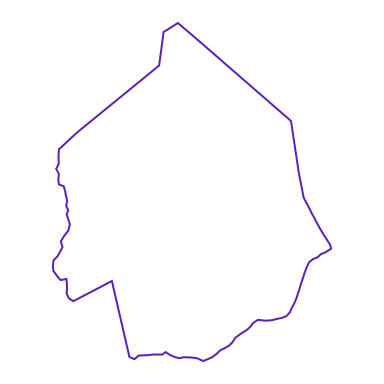 Nossa Senhora dos Remédios, Piauí, Brazil
{"feature_id": "56859067B87957430353359", "entity_name": "Nossa Senhora dos Remédios", "entity_type": "district", "adm_level": 2, "iso_a3": "BRA", "parent_name": "Brazil", "parent_adm1": "Piauí", "projection": "mercator", "projection_center": [-42.607, -4.016], "detail": "fine", "context": "isolated", "style": "outline", "palette": "violet", "viewbox_px": 384, "rotation_deg": 0, "n_neighbors": 0, "source": "geoboundaries", "source_scale": "gbopen_adm2", "svg_char_len": 1358}
<svg xmlns="http://www.w3.org/2000/svg" viewBox="0 0 384 384"><path d="M319.7,228.1L316.1,221.4L314.1,217.4L312.0,213.8L310.1,209.8L306.9,203.7L303.7,197.8L298.6,171.6L297.5,164.0L291.0,121.0L199.8,41.7L177.9,23.0L163.6,32.0L159.1,65.5L143.0,78.7L79.6,130.4L76.4,133.1L59.0,149.3L58.6,153.5L58.5,158.2L58.8,163.8L56.2,168.9L58.9,173.9L58.3,179.1L58.9,184.5L63.7,186.2L65.2,191.2L65.9,195.8L67.2,200.4L66.2,206.0L68.2,210.2L66.6,214.4L68.2,219.1L69.9,224.3L68.2,230.8L64.6,235.3L60.8,241.3L62.5,246.9L60.3,251.4L57.5,256.2L53.6,260.4L52.9,265.5L53.4,270.9L57.6,276.7L60.6,280.1L66.4,279.0L66.9,283.7L67.1,288.2L66.6,293.5L68.9,298.3L73.3,301.2L111.9,281.0L129.4,356.9L134.4,359.2L138.8,355.5L147.1,355.2L153.1,354.5L157.4,354.5L162.3,354.5L165.6,352.1L169.9,354.9L174.8,357.0L179.0,358.2L184.2,357.2L190.9,357.5L196.7,358.1L203.2,361.0L211.5,357.6L216.6,353.9L220.4,350.2L224.6,348.2L229.1,345.6L232.7,342.0L235.4,337.7L240.0,334.3L243.7,331.9L247.3,329.6L250.4,326.6L253.2,323.0L258.0,319.8L265.7,320.7L271.8,320.2L277.1,318.9L282.1,317.8L286.3,316.2L289.9,312.4L291.4,308.6L293.7,304.5L295.8,299.8L297.7,294.5L299.3,289.5L300.7,284.6L302.0,280.8L303.5,276.3L304.8,272.2L306.7,267.3L309.1,262.2L312.9,259.2L317.6,257.2L321.0,254.1L325.5,252.3L331.1,248.7L330.1,244.7L327.5,240.7L323.2,233.9L319.7,228.1Z" fill="none" stroke="#5b21b6" stroke-width="2"/></svg>